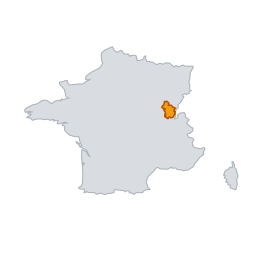 Jura highlighted on a map of France, rotated 348°
{"feature_id": "FRA-5312", "entity_name": "Jura", "entity_type": "Metropolitan department", "adm_level": 1, "iso_a3": "FRA", "parent_name": "France", "parent_adm1": "", "projection": "robinson", "projection_center": [5.636, 46.776], "detail": "medium", "context": "in_parent", "style": "filled", "palette": "amber", "viewbox_px": 256, "rotation_deg": 348, "n_neighbors": 0, "source": "natural_earth", "source_scale": "10m", "svg_char_len": 5190}
<svg xmlns="http://www.w3.org/2000/svg" viewBox="0 0 256 256"><g transform="rotate(348 128 128)"><path d="M197.6,104.4L195.9,105.2L194.9,106.8L193.9,107.1L192.0,107.2L191.1,106.2L188.8,106.8L187.9,107.8L189.2,109.0L184.7,114.1L181.9,115.4L181.3,118.7L177.9,121.1L176.6,123.7L176.5,124.2L177.4,125.1L177.0,126.8L175.3,127.9L175.3,128.9L175.8,129.1L178.4,128.2L179.4,127.2L178.9,125.9L181.5,124.2L186.3,124.6L186.9,126.8L186.3,128.7L189.7,132.8L186.7,134.7L186.6,135.9L189.6,140.0L191.6,141.7L190.6,144.4L187.3,146.2L185.3,146.1L184.4,146.5L184.5,147.3L185.9,149.9L189.4,151.5L190.0,153.4L189.0,154.1L187.4,156.9L188.1,158.4L187.8,159.0L188.2,159.9L189.1,160.9L194.0,163.3L198.4,162.9L199.0,164.3L196.3,168.1L196.5,169.7L195.1,169.8L194.9,170.3L192.2,171.6L187.8,175.4L185.7,176.5L184.9,178.4L183.7,179.5L177.4,181.7L176.2,181.2L173.1,181.3L171.2,179.9L167.5,179.0L166.3,177.0L162.9,176.6L162.7,175.3L157.8,176.5L151.1,174.7L148.7,172.7L146.7,173.2L145.0,175.0L137.6,179.6L134.6,184.4L135.1,190.0L136.8,192.7L132.3,192.3L129.6,193.1L128.9,194.3L122.6,192.9L120.3,194.1L119.6,194.0L118.8,192.8L115.7,191.5L116.2,190.6L115.8,189.8L112.9,189.1L111.9,189.9L110.8,188.3L102.7,185.7L101.4,185.8L100.8,188.3L95.5,188.2L94.8,187.8L91.4,188.3L87.8,186.0L83.8,186.4L81.4,184.0L79.1,183.8L75.7,182.6L74.2,181.9L74.0,181.2L73.0,182.3L71.8,182.1L71.5,181.7L72.3,180.4L72.6,178.8L68.4,177.7L67.3,176.5L67.3,175.9L69.6,175.4L71.7,173.2L73.9,165.4L75.6,156.1L76.7,154.3L78.0,153.8L77.0,152.6L75.6,154.2L76.7,145.8L78.4,139.5L81.8,142.0L82.6,143.2L83.5,146.9L85.4,148.5L84.2,147.0L83.1,142.0L82.3,140.5L76.9,136.4L76.8,135.4L79.2,135.9L78.3,132.8L78.0,126.2L74.6,125.6L69.3,122.8L65.8,117.7L65.5,115.9L66.5,113.9L65.7,112.6L64.2,111.7L65.4,110.0L66.5,109.9L70.4,110.8L67.3,109.2L62.1,109.8L60.1,109.2L59.8,108.0L61.2,106.5L59.6,105.5L56.6,105.8L56.3,105.4L57.2,104.3L56.5,103.9L54.1,104.3L52.7,103.9L51.5,102.7L47.6,102.4L46.8,101.7L41.5,100.3L36.0,100.5L34.5,98.0L31.2,96.8L31.9,96.1L35.3,95.3L36.0,94.6L33.6,93.6L32.8,92.6L37.3,92.3L35.3,91.3L30.9,91.3L30.4,89.9L31.1,88.3L33.7,87.0L40.1,85.5L44.8,85.4L48.1,83.7L51.4,83.2L54.4,84.1L58.4,88.4L61.8,86.5L66.8,86.5L67.7,87.6L69.1,85.7L70.2,86.8L76.2,86.4L74.9,85.7L73.8,83.8L73.8,77.1L70.9,72.2L70.2,70.4L70.4,68.9L74.0,69.2L77.0,68.5L78.4,69.0L78.7,72.1L79.9,73.9L88.1,74.5L92.9,75.5L97.0,73.7L100.8,72.9L101.1,72.5L98.9,72.6L96.9,71.9L96.7,71.0L97.8,68.6L103.6,65.8L112.1,63.5L114.3,62.0L116.8,59.3L116.3,58.6L116.8,51.2L118.1,48.8L121.4,47.0L129.5,45.2L130.5,47.6L130.4,48.9L132.5,51.0L133.6,51.7L137.1,50.5L138.8,52.5L139.3,54.7L143.6,55.6L144.8,58.4L145.6,57.8L148.2,57.9L149.5,58.2L151.2,59.4L150.7,61.1L151.4,61.9L150.7,63.5L151.2,64.2L156.1,64.2L157.6,63.5L158.3,61.9L159.8,61.0L160.4,61.3L159.4,64.2L160.1,65.0L160.4,67.1L162.3,67.3L165.9,69.0L169.0,71.8L172.8,71.4L175.7,72.9L178.8,72.1L181.7,73.0L182.7,73.8L185.5,77.8L187.6,77.0L189.0,77.5L189.5,78.6L195.1,77.9L196.1,79.0L197.2,79.5L204.3,81.0L204.4,82.4L200.4,86.7L198.7,92.8L197.5,94.8L197.0,96.4L197.4,97.5L197.2,99.1L196.4,103.1L196.9,104.2L197.6,104.4ZM224.4,186.3L224.1,188.8L225.1,190.7L225.6,197.9L223.5,201.4L223.2,205.7L220.7,210.8L216.5,208.5L215.3,207.3L216.4,205.3L214.0,204.3L214.5,202.4L214.3,201.5L212.6,201.4L212.5,200.9L213.7,199.4L213.7,198.5L212.1,197.4L211.7,196.4L213.3,195.3L212.6,194.3L211.7,194.0L213.7,190.7L215.1,189.7L218.3,188.8L219.6,187.5L221.7,188.2L222.1,187.9L222.7,182.6L223.4,182.6L224.1,183.3L224.4,186.3ZM77.3,133.1L76.7,134.6L74.7,132.1L74.5,130.6L77.3,133.1Z" fill="#d9dde1" stroke="#a8b0b8" stroke-width="1"/><path d="M177.6,122.0L177.2,122.7L176.5,123.6L176.6,124.1L176.4,124.4L176.5,124.4L175.9,124.9L175.7,125.2L175.3,125.6L175.0,126.0L174.1,126.8L173.8,126.9L173.5,127.0L172.0,126.9L171.9,126.9L171.7,126.4L171.5,126.2L170.9,125.7L170.6,125.8L170.4,126.0L170.1,126.4L169.8,126.5L169.6,126.8L169.2,126.9L169.0,127.1L168.6,127.0L168.5,126.9L168.4,126.8L168.4,126.6L168.5,126.2L168.4,126.1L168.0,126.0L167.8,125.7L167.4,125.6L167.2,125.5L167.1,125.4L167.0,124.9L166.7,124.7L166.4,124.6L166.3,124.4L166.3,123.8L166.6,123.6L167.5,123.4L167.8,123.3L167.8,123.2L167.7,122.9L167.2,122.6L166.9,122.2L167.0,122.0L167.1,121.7L167.5,121.5L167.6,121.4L167.7,121.0L167.8,120.8L167.8,120.6L167.8,120.3L167.4,119.1L167.2,119.0L167.1,118.8L167.1,118.7L167.3,118.5L167.3,118.4L166.9,118.0L166.8,117.9L166.8,117.7L167.0,117.6L168.0,117.4L168.3,117.0L167.8,116.8L167.4,116.5L167.1,116.4L166.5,116.2L165.8,115.5L165.4,114.8L166.2,114.4L166.3,114.3L166.1,113.8L166.2,113.6L166.8,113.3L167.3,113.1L167.6,112.8L168.8,111.1L168.8,110.6L169.2,109.6L169.4,109.7L170.0,110.0L170.4,110.1L171.1,109.9L171.3,109.9L171.6,110.0L171.8,110.7L171.9,110.8L172.7,111.3L173.1,111.9L173.1,112.1L173.0,112.5L172.6,112.9L172.6,113.1L172.6,113.4L172.6,113.5L172.3,113.8L172.2,114.0L172.3,114.2L172.5,114.3L172.6,114.2L172.8,114.0L173.0,114.0L173.4,114.4L174.5,114.6L175.0,114.8L175.4,115.4L175.5,115.6L175.6,116.3L175.7,116.5L176.0,116.9L176.1,117.0L176.6,117.0L176.8,117.1L178.5,118.5L178.3,118.7L176.9,119.7L176.8,119.8L176.8,120.0L177.0,120.3L177.0,120.5L176.6,120.8L176.4,121.0L176.5,121.3L176.8,121.6L177.3,121.9L177.6,122.0Z" fill="#f59e0b" stroke="#b45309" stroke-width="1.5"/></g></svg>